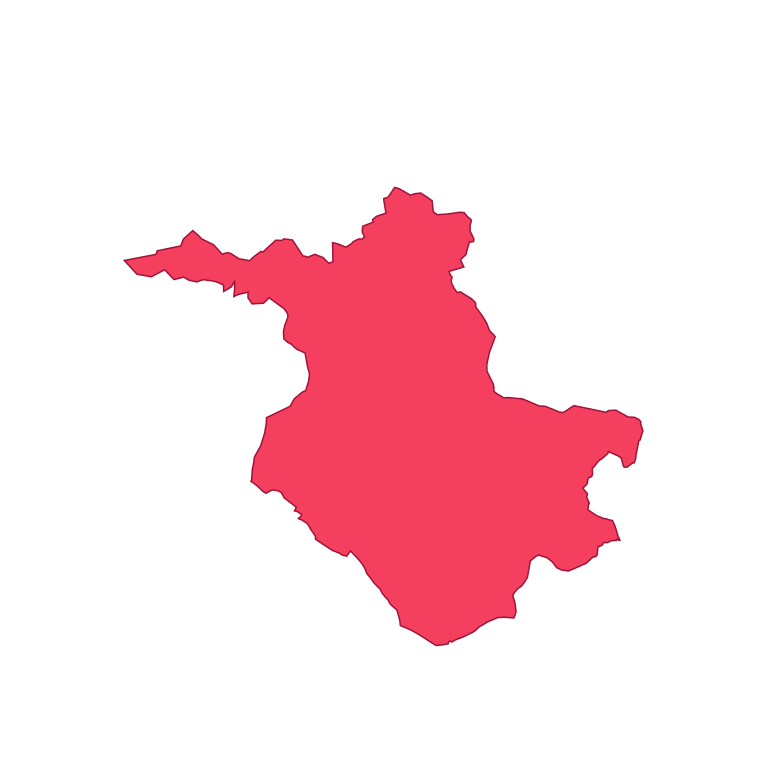 Kubau, Kaduna, Nigeria, rotated 126°
{"feature_id": "59680162B90439441381954", "entity_name": "Kubau", "entity_type": "district", "adm_level": 2, "iso_a3": "NGA", "parent_name": "Nigeria", "parent_adm1": "Kaduna", "projection": "robinson", "projection_center": [8.343, 10.814], "detail": "fine", "context": "isolated", "style": "filled", "palette": "rose", "viewbox_px": 768, "rotation_deg": 126, "n_neighbors": 0, "source": "geoboundaries", "source_scale": "gbopen_adm2", "svg_char_len": 4767}
<svg xmlns="http://www.w3.org/2000/svg" viewBox="0 0 768 768"><g transform="rotate(126 384 384)"><path d="M480.3,459.3L484.5,456.4L493.8,451.7L506.7,447.4L519.3,445.9L522.8,444.0L526.4,442.1L529.6,440.8L532.1,439.3L539.1,434.9L540.9,434.5L540.9,432.9L540.8,430.3L541.0,426.4L541.5,422.9L542.1,419.0L541.8,415.2L537.5,413.3L535.0,411.6L532.6,406.8L532.2,403.3L534.8,397.8L535.2,382.5L539.3,381.8L538.7,380.5L538.5,379.8L538.2,379.1L538.1,378.8L538.2,376.9L538.1,375.6L537.8,374.3L538.1,374.1L538.3,373.9L538.8,373.7L539.8,373.5L540.1,373.6L541.5,373.9L543.2,374.3L543.2,374.2L543.0,372.8L542.4,371.2L542.0,364.8L542.4,362.9L543.5,360.4L544.6,358.1L546.1,353.6L547.5,350.1L549.9,348.1L549.0,327.9L547.0,320.3L547.0,317.4L545.2,313.0L538.8,313.0L540.1,305.6L540.8,302.0L542.2,296.6L544.4,291.2L547.4,286.6L548.8,281.2L550.9,274.9L552.2,266.8L554.4,262.3L555.8,256.9L556.5,253.3L558.0,250.6L558.7,247.9L559.2,240.8L564.9,233.6L566.6,231.7L569.8,228.8L567.3,218.0L566.5,211.6L566.2,207.6L565.7,201.0L565.2,190.8L564.8,188.0L560.9,183.6L556.9,179.8L556.3,179.3L555.4,180.0L554.8,180.1L554.3,180.0L553.6,179.6L553.2,179.6L552.9,177.5L552.7,177.4L549.0,175.8L542.5,171.5L540.2,170.3L532.6,166.2L530.0,165.2L524.0,164.1L520.8,162.5L515.6,160.4L506.0,154.6L501.7,149.1L496.9,141.4L494.1,142.1L490.7,143.3L486.6,147.0L482.9,150.8L480.9,153.7L478.7,155.8L474.6,155.8L471.3,155.5L466.5,154.0L461.7,153.8L456.2,154.3L447.0,158.7L442.5,161.0L441.0,161.6L436.4,160.4L433.5,159.5L431.5,158.2L430.0,153.9L428.8,150.1L428.9,143.5L431.1,136.4L430.1,131.0L426.9,124.9L420.4,121.0L416.3,118.6L409.9,114.9L401.5,113.4L399.2,111.2L396.9,111.1L390.2,115.1L385.8,112.6L384.0,113.1L382.7,112.7L381.9,110.9L380.2,109.6L377.8,108.4L375.4,105.9L374.1,104.1L373.1,104.5L372.4,103.7L372.5,102.5L371.8,101.3L369.0,106.0L364.6,111.6L363.8,112.9L363.0,113.9L361.3,116.9L360.2,118.9L361.9,122.9L362.5,125.3L363.5,126.6L364.0,128.7L365.4,134.1L365.6,135.8L365.6,136.2L365.9,145.1L360.8,147.9L360.1,147.7L359.9,147.9L359.4,148.4L358.5,149.9L356.4,153.6L353.2,154.9L351.6,161.2L351.2,161.9L345.8,160.9L340.4,163.3L339.8,163.4L337.3,161.8L336.5,161.7L334.3,162.3L329.5,166.1L327.8,165.4L322.1,165.3L318.3,164.7L317.8,164.2L308.7,162.0L306.8,162.8L304.6,152.5L304.4,148.7L309.1,142.8L309.4,142.5L310.1,140.9L308.5,138.5L302.3,136.6L300.5,135.2L295.4,137.0L295.2,137.5L286.5,141.5L279.8,144.6L278.8,143.9L269.6,147.1L265.7,152.5L263.5,154.2L262.9,156.7L263.1,158.8L263.9,162.1L267.2,167.1L268.9,181.1L272.5,185.6L273.7,186.9L276.3,187.6L288.8,215.3L289.2,216.1L289.9,217.7L301.3,222.0L302.0,222.9L303.4,225.0L306.6,237.9L307.3,240.4L308.5,242.6L310.4,245.0L314.6,263.1L322.0,275.6L324.8,279.0L325.1,284.2L325.5,285.7L325.4,290.7L322.2,293.1L319.9,295.4L313.1,308.3L307.4,312.5L296.5,317.3L280.4,321.8L279.6,324.8L279.2,328.3L278.6,330.3L274.2,337.1L271.0,344.8L268.0,354.3L268.0,354.6L264.5,357.7L263.6,363.3L263.9,367.5L264.6,376.5L267.0,378.6L265.4,383.4L262.6,388.6L260.5,390.6L257.5,391.8L256.8,394.3L254.7,397.6L242.4,388.2L239.0,394.5L238.0,395.1L231.0,393.8L227.4,395.3L219.2,398.3L218.4,397.5L216.0,395.2L213.6,396.8L209.7,404.2L205.0,407.6L201.8,408.8L200.0,409.6L199.6,413.7L199.6,414.5L198.3,419.7L198.2,420.1L199.5,421.7L200.2,423.3L210.4,433.9L211.2,435.0L215.8,440.6L215.6,445.5L207.5,452.7L207.4,457.0L207.9,466.5L211.6,470.6L215.7,473.7L216.3,479.2L217.0,485.6L217.1,486.6L218.7,490.9L230.5,490.5L234.1,493.2L235.7,491.9L239.4,488.2L244.6,482.9L252.9,488.7L257.7,489.9L258.6,488.8L258.7,488.7L259.3,488.0L259.5,487.9L268.9,494.0L273.7,491.1L276.4,486.3L279.7,486.9L281.5,489.7L286.9,492.6L289.2,492.7L293.1,494.2L294.8,494.7L295.6,495.1L297.7,503.4L297.8,503.8L299.9,508.7L303.7,505.8L315.0,497.2L318.8,499.7L317.8,506.1L317.4,507.1L318.4,511.0L319.7,516.2L326.5,520.4L326.6,522.2L328.1,524.7L321.3,542.7L325.5,550.4L327.7,550.8L331.3,556.1L348.7,559.6L349.0,561.5L356.7,563.9L362.2,565.1L363.2,565.2L366.8,572.7L367.7,574.3L367.9,574.6L368.5,585.0L370.0,588.1L374.1,591.3L371.5,603.5L373.8,617.1L373.7,617.3L372.9,621.4L372.3,628.9L384.7,631.5L391.8,629.6L409.5,645.8L413.1,644.6L427.5,658.1L436.7,666.7L440.4,648.4L434.0,635.2L431.5,634.0L420.5,628.6L422.9,615.2L415.3,609.0L414.7,602.8L411.4,595.4L407.7,592.9L405.7,591.3L404.8,589.6L401.6,583.7L399.9,579.7L398.2,572.1L402.1,569.1L403.4,568.1L395.2,564.6L391.2,565.0L389.0,565.2L389.8,564.5L394.1,561.2L401.5,556.9L397.1,554.4L389.6,548.0L394.2,544.7L396.7,537.8L389.5,529.0L381.8,527.6L381.8,508.6L382.1,508.3L383.5,503.9L386.2,501.1L395.3,498.6L400.8,496.1L402.9,494.4L406.3,491.5L406.9,486.8L406.3,482.1L407.1,477.1L407.1,474.7L405.3,466.1L412.3,458.8L414.8,456.3L417.0,453.5L419.5,450.3L425.4,446.9L435.3,443.5L438.7,445.4L447.7,447.6L448.4,447.9L457.3,446.9L480.3,459.3Z" fill="#f43f5e" stroke="#9f1239" stroke-width="1.5"/></g></svg>